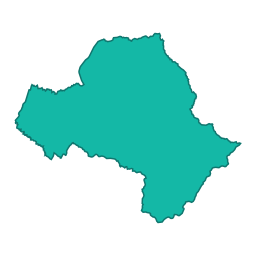 Baraya, Huila, Colombia (Mercator projection)
{"feature_id": "7082276B91973001860083", "entity_name": "Baraya", "entity_type": "district", "adm_level": 2, "iso_a3": "COL", "parent_name": "Colombia", "parent_adm1": "Huila", "projection": "mercator", "projection_center": [-75.008, 3.124], "detail": "fine", "context": "isolated", "style": "filled", "palette": "teal", "viewbox_px": 256, "rotation_deg": 0, "n_neighbors": 0, "source": "geoboundaries", "source_scale": "gbopen_adm2", "svg_char_len": 5752}
<svg xmlns="http://www.w3.org/2000/svg" viewBox="0 0 256 256"><path d="M159.5,33.5L157.9,33.9L155.0,33.5L153.8,34.6L153.1,36.0L151.9,36.4L150.4,36.3L148.8,37.8L148.1,37.7L146.1,36.1L145.5,36.0L142.2,37.2L141.3,38.1L138.7,38.5L137.4,39.4L134.7,38.5L132.4,39.7L131.6,41.1L131.2,41.1L130.3,40.2L128.5,39.7L128.6,38.6L128.4,38.1L126.6,37.6L124.7,37.8L123.5,37.3L122.4,37.7L121.3,36.7L120.0,36.4L117.2,37.4L113.6,37.7L113.1,38.6L113.1,39.6L112.2,40.4L110.5,41.1L107.5,41.6L106.8,41.1L105.6,41.0L105.1,40.6L104.7,39.5L103.6,39.2L102.9,39.8L101.9,39.9L98.1,41.5L93.8,47.3L89.2,56.6L88.0,58.1L85.5,60.0L80.5,66.5L80.0,67.6L79.0,71.2L79.1,72.8L81.6,80.4L83.9,84.5L82.1,85.8L81.1,85.9L79.7,85.3L78.3,83.5L77.5,83.8L77.3,83.5L76.4,83.4L74.9,84.9L73.7,84.6L73.0,85.8L71.8,85.7L71.8,86.3L71.1,86.6L70.5,87.5L68.4,87.4L66.8,88.9L65.4,89.4L64.4,90.7L63.0,90.4L62.0,90.9L61.5,90.2L60.6,90.0L60.3,90.7L57.9,91.4L56.7,93.9L55.3,94.1L55.1,94.1L55.2,93.6L54.9,92.7L53.6,91.6L51.8,92.5L51.9,91.4L51.2,89.8L49.7,90.2L49.1,89.4L47.8,89.5L47.7,89.0L46.8,89.0L46.1,90.5L45.4,91.0L44.7,89.6L42.7,89.9L42.7,88.8L42.1,88.4L42.0,87.8L40.1,88.6L39.7,88.4L38.1,88.6L37.3,85.3L36.7,85.7L36.6,86.2L35.5,86.5L34.3,86.1L34.0,85.4L33.4,85.4L33.2,85.8L32.0,84.7L31.4,85.9L30.4,90.0L29.1,89.8L29.0,90.0L25.4,101.8L23.1,104.1L22.5,106.3L22.6,107.0L21.9,108.0L21.5,109.5L19.0,112.6L18.6,114.0L19.3,115.2L19.2,115.5L18.3,117.1L15.4,120.3L16.0,122.0L15.5,122.6L15.6,123.1L16.4,122.6L16.6,123.0L17.3,122.9L17.1,124.6L17.8,124.6L16.8,127.1L16.9,128.1L19.2,129.1L19.1,129.7L19.4,130.0L20.9,129.2L21.0,129.8L20.6,131.0L21.4,131.7L22.9,132.0L23.9,131.6L24.2,132.0L24.1,132.7L23.0,133.9L24.8,134.5L24.7,135.1L25.7,135.3L25.9,134.8L26.9,134.9L26.8,136.0L27.9,137.0L28.5,137.2L29.0,136.5L29.6,136.8L29.6,137.2L29.2,137.0L29.1,137.4L29.8,137.7L30.4,137.4L30.8,137.9L30.7,139.7L31.3,139.4L31.6,140.0L33.1,139.9L33.7,140.8L34.8,140.8L36.3,141.8L36.1,142.9L36.3,143.2L36.0,143.6L36.2,144.1L36.8,143.8L37.8,143.9L38.3,144.4L38.1,144.9L38.7,145.2L39.0,144.7L40.0,144.9L39.9,145.4L40.9,145.7L40.9,146.2L41.4,146.5L43.2,146.2L42.7,147.2L43.1,147.4L43.3,148.6L43.7,148.7L43.4,149.9L44.0,150.2L44.7,152.3L45.0,152.2L45.5,153.1L45.2,153.4L45.3,153.8L44.9,154.1L45.3,155.0L45.1,155.4L45.9,155.2L46.6,156.1L48.5,157.1L49.9,158.7L51.3,159.5L53.3,156.1L54.1,152.9L56.0,154.2L58.0,156.2L60.5,157.2L60.3,157.9L60.7,158.1L61.0,158.1L63.0,154.3L64.0,154.1L65.6,155.3L65.9,155.2L66.7,153.1L66.6,150.8L68.5,147.4L69.4,146.4L69.4,145.8L70.9,144.8L71.9,143.3L72.9,142.7L73.2,142.7L73.3,143.6L74.5,143.6L76.7,145.3L77.8,145.5L78.6,147.0L80.0,147.0L82.3,148.2L82.8,149.4L83.3,149.4L84.3,150.2L84.5,151.0L85.1,151.6L85.6,151.5L87.4,152.4L88.3,154.4L88.3,155.9L89.0,156.4L90.5,156.6L91.1,157.0L92.7,156.8L95.7,154.4L96.1,154.3L97.3,154.8L98.7,156.5L99.8,156.6L101.1,156.1L102.3,156.1L104.1,156.6L106.7,158.5L110.4,158.3L114.4,158.9L115.6,159.4L116.9,161.2L117.9,160.8L118.6,162.5L119.6,163.8L119.6,165.2L120.1,166.5L120.6,166.8L121.0,165.8L123.5,166.9L124.8,167.9L125.9,166.8L126.7,166.7L127.4,169.2L128.5,168.9L129.5,169.1L131.6,168.5L132.7,168.9L132.6,171.1L134.7,171.0L135.5,171.9L136.9,172.7L138.2,172.2L140.6,172.0L141.9,173.9L144.3,175.1L145.4,176.2L146.0,178.2L144.5,178.8L144.0,180.0L145.3,184.4L145.0,185.8L143.8,187.2L143.6,188.5L142.1,189.3L142.4,190.1L142.3,191.4L143.1,192.5L144.0,195.4L143.4,197.2L142.4,198.7L142.2,203.6L143.2,204.5L142.5,205.4L142.3,207.2L142.6,207.6L141.5,210.6L143.1,212.2L146.0,212.0L146.9,212.5L149.7,213.0L150.5,213.7L150.3,214.7L150.9,215.5L153.2,217.1L154.1,217.0L155.1,217.7L156.0,219.0L156.8,221.2L158.0,222.5L162.2,222.0L164.1,219.5L166.6,217.7L168.0,217.1L168.9,217.1L170.9,218.4L172.0,218.4L172.8,218.1L173.6,217.0L174.4,214.5L176.9,214.7L178.3,215.6L179.4,215.6L182.2,213.3L184.0,209.0L183.9,208.4L182.8,207.6L182.8,206.8L183.6,205.3L185.4,203.4L185.7,202.0L189.0,201.3L191.7,202.3L193.3,201.3L194.6,199.1L194.9,197.5L196.0,195.6L196.2,194.2L196.9,192.8L198.2,191.5L201.6,185.4L203.3,183.8L203.0,182.9L203.4,182.0L204.3,181.5L205.5,179.9L205.7,178.8L206.7,177.0L209.8,175.7L210.5,173.6L210.0,171.2L211.3,170.1L212.3,168.2L213.3,167.7L215.5,167.3L219.0,167.7L221.3,166.1L222.9,166.0L225.0,166.7L226.0,166.4L226.7,165.4L228.3,164.0L228.4,163.5L227.7,162.1L227.6,159.3L227.0,158.4L226.9,156.5L227.6,155.6L229.4,155.0L230.5,153.0L232.7,151.8L234.7,149.6L235.9,147.1L239.4,145.0L240.6,143.4L239.1,142.9L238.3,143.4L237.6,143.5L236.6,142.9L236.2,141.8L233.4,142.6L231.8,142.2L230.6,142.6L229.8,141.3L228.5,140.7L227.1,138.9L226.3,138.7L225.0,139.2L224.1,138.5L223.5,138.6L222.8,138.2L221.7,138.4L220.6,137.3L220.2,137.4L218.7,135.6L217.2,134.9L215.7,133.2L215.2,131.6L214.1,130.9L213.1,128.1L213.3,127.5L212.2,125.4L212.7,124.4L212.4,124.0L210.3,124.1L209.1,123.7L206.1,125.2L201.6,124.8L200.2,123.7L199.9,123.1L199.2,122.9L198.7,121.9L198.8,120.3L198.1,119.0L197.3,118.5L196.8,118.7L196.2,118.2L194.7,117.7L194.0,117.2L193.7,116.6L193.8,115.9L193.1,115.2L193.1,114.9L192.8,114.3L191.8,114.0L191.5,111.5L190.3,110.0L189.9,109.1L192.3,107.6L192.5,106.8L192.0,105.8L193.5,104.9L193.4,104.2L194.0,103.2L193.8,102.6L194.5,101.3L194.6,99.7L194.9,99.1L195.9,98.6L195.7,97.9L196.4,96.9L195.8,94.2L195.3,94.1L193.5,92.0L192.9,92.5L191.9,92.2L191.2,89.5L190.1,88.1L190.0,85.7L188.7,84.4L188.5,81.6L187.9,80.5L188.6,79.5L187.2,78.1L187.1,76.7L186.3,76.2L186.3,75.3L185.8,75.2L185.4,74.0L185.9,73.2L185.9,72.7L183.4,70.0L181.2,68.6L177.9,65.7L177.9,64.0L176.3,63.3L174.9,61.9L172.4,61.8L171.9,60.0L171.0,59.3L170.1,59.6L169.8,58.2L168.4,57.6L168.0,55.9L166.9,55.6L164.6,52.2L164.9,50.9L163.5,49.2L163.6,45.9L163.0,45.0L163.4,44.0L163.1,43.6L163.3,42.0L163.8,41.0L162.9,40.4L162.4,39.3L161.3,40.1L160.7,39.9L159.9,37.3L160.5,35.9L159.5,33.5Z" fill="#14b8a6" stroke="#0f766e" stroke-width="1.5"/></svg>